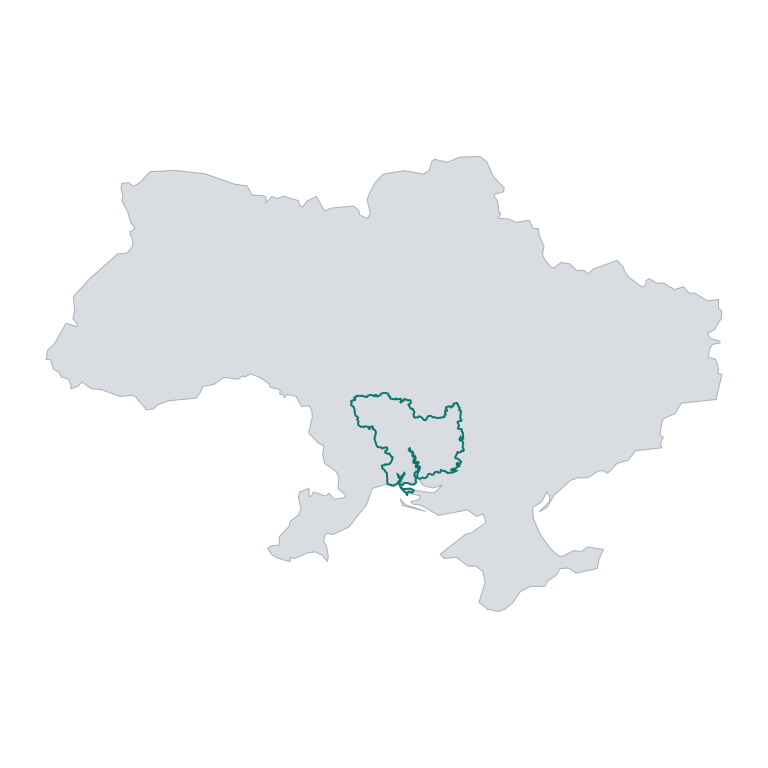 where Mykolayiv sits in Ukraine
{"feature_id": "UKR-284", "entity_name": "Mykolayiv", "entity_type": "Region", "adm_level": 1, "iso_a3": "UKR", "parent_name": "Ukraine", "parent_adm1": "", "projection": "orthographic", "projection_center": [31.887, 47.325], "detail": "fine", "context": "in_parent", "style": "outline", "palette": "teal", "viewbox_px": 768, "rotation_deg": 0, "n_neighbors": 0, "source": "natural_earth", "source_scale": "10m", "svg_char_len": 9746}
<svg xmlns="http://www.w3.org/2000/svg" viewBox="0 0 768 768"><path d="M540.6,534.9L550.7,549.0L558.9,556.1L563.0,556.3L573.8,550.5L581.1,551.9L587.2,546.9L603.6,549.4L599.1,558.9L597.3,568.5L576.4,573.1L568.4,568.0L560.1,568.6L555.8,575.7L547.7,580.7L545.2,586.2L530.2,586.5L520.3,591.7L513.0,602.5L504.7,609.3L498.0,611.5L487.6,609.2L479.0,602.4L485.2,582.0L482.7,571.2L476.0,566.2L467.7,566.0L456.7,557.3L444.4,558.6L440.2,554.3L465.4,534.3L470.9,533.2L486.0,522.5L483.0,514.0L476.5,516.4L467.4,509.8L438.7,515.4L421.1,505.3L413.0,504.2L411.0,501.7L419.4,499.4L420.0,495.7L408.4,493.3L402.1,488.5L433.9,493.0L442.4,484.9L433.6,487.9L424.7,486.1L421.4,483.5L417.5,475.4L417.3,464.1L413.3,454.0L410.2,450.8L416.2,467.3L414.7,483.1L401.3,482.2L402.5,475.8L396.2,484.2L385.7,484.4L372.3,488.4L366.5,504.7L348.7,527.2L332.6,534.5L327.2,533.1L324.9,534.9L323.6,541.9L326.3,545.3L328.3,556.7L327.3,561.4L321.9,554.9L315.4,551.9L308.1,552.7L294.7,558.6L290.2,557.3L290.5,560.6L289.2,561.6L276.9,557.8L271.6,554.4L267.7,548.3L271.7,545.7L279.3,545.0L279.4,536.5L289.3,526.2L289.9,521.4L298.4,515.2L301.0,508.1L298.4,497.3L299.7,491.9L308.8,488.4L309.3,496.7L311.3,496.1L313.4,491.9L325.5,496.1L329.2,493.4L334.2,499.2L343.7,497.8L345.9,495.3L337.9,488.5L338.9,477.9L336.5,471.8L324.8,463.7L322.7,454.3L324.0,446.1L318.1,442.7L308.7,433.1L312.3,416.9L311.8,410.7L309.3,405.9L301.6,406.4L296.2,396.5L287.0,394.4L284.3,397.7L282.9,394.4L279.8,394.4L280.2,390.5L278.1,388.9L270.5,387.5L268.8,383.7L260.7,377.9L250.7,373.8L245.0,377.0L242.5,375.9L238.2,379.2L223.8,377.4L214.6,384.1L202.5,386.5L201.0,391.5L196.2,398.1L169.2,400.7L157.5,404.8L153.4,408.9L146.4,409.8L135.5,396.6L132.0,395.3L120.1,396.5L101.3,389.6L91.4,388.7L81.8,382.0L78.1,386.2L71.0,388.8L70.8,384.1L68.0,379.1L61.1,376.9L59.2,372.5L53.2,368.9L50.7,359.8L46.1,359.4L47.7,350.2L54.2,344.2L66.0,323.3L76.9,326.6L77.5,324.2L72.9,318.5L74.7,311.5L73.4,297.3L75.9,293.8L90.0,278.5L117.6,254.0L127.2,253.1L132.2,246.7L132.9,241.8L129.7,231.8L134.7,228.9L134.5,227.3L131.0,223.0L127.7,212.0L121.8,200.8L122.9,196.1L121.1,188.8L121.8,183.6L128.4,182.7L133.7,186.3L140.4,182.4L149.8,171.7L174.9,170.4L205.0,173.8L234.2,184.1L247.2,186.0L252.1,195.1L262.9,195.5L265.9,197.3L266.0,202.7L272.0,196.5L277.3,198.6L283.6,196.2L298.2,200.6L299.7,205.6L302.6,207.0L307.1,201.1L316.2,196.4L324.4,210.7L331.9,208.0L353.7,206.1L358.8,210.7L359.6,214.9L367.1,218.5L370.4,213.4L367.1,199.6L369.0,194.3L375.2,182.6L383.3,174.1L404.2,170.7L423.5,174.0L429.1,170.4L431.9,161.4L434.4,159.3L447.5,162.3L459.4,157.1L479.9,156.5L486.6,161.6L493.7,177.0L504.2,188.0L503.6,191.7L494.6,194.1L494.4,196.1L497.6,201.2L499.0,212.0L500.6,213.3L498.6,218.2L508.6,219.0L516.6,222.4L529.2,220.1L532.9,228.1L538.5,228.8L538.8,234.2L544.0,246.7L542.5,253.4L543.4,257.5L550.5,266.9L553.5,268.1L561.2,262.5L569.5,263.7L576.8,270.6L583.9,270.2L588.5,274.0L593.3,269.0L617.0,260.5L623.3,266.9L624.5,271.3L628.5,277.0L642.0,286.9L645.5,285.5L646.2,280.5L649.1,278.7L656.6,283.1L663.8,283.1L674.4,289.6L683.6,286.9L689.0,293.0L694.9,293.2L707.5,300.9L718.5,299.5L718.6,307.9L721.5,311.2L721.6,317.9L714.6,329.4L707.4,333.4L710.4,338.5L719.6,341.1L720.3,342.8L712.5,344.4L709.6,348.6L708.2,357.3L715.7,359.3L718.8,369.5L717.5,372.9L721.9,374.4L716.0,399.5L681.2,403.2L675.1,413.6L665.0,417.7L662.1,420.8L659.9,434.7L663.2,437.0L660.6,443.0L661.5,447.8L635.5,450.8L628.2,460.3L617.0,463.4L607.7,473.3L603.4,470.7L598.3,471.1L587.7,477.7L577.7,477.8L570.1,480.6L554.0,495.3L546.7,507.8L539.4,511.7L549.5,501.4L549.7,496.1L547.1,492.2L541.0,502.4L532.6,507.2L533.4,518.8L540.6,534.9ZM425.7,511.4L402.4,505.5L400.3,498.9L405.4,504.7L425.7,511.4Z" fill="#d9dde1" stroke="#a8b0b8" stroke-width="1"/><path d="M418.3,478.9L417.3,476.8L417.2,474.5L417.9,472.7L418.9,471.0L419.7,469.0L419.9,467.9L419.9,467.0L419.5,466.4L417.5,466.1L417.1,465.6L417.3,464.9L418.7,462.5L418.5,462.1L417.4,461.9L415.7,462.2L415.0,462.2L414.4,461.5L415.5,459.1L415.6,457.7L415.0,456.2L414.5,455.7L413.6,455.3L413.3,454.5L413.2,452.8L413.0,452.3L412.5,451.7L410.2,450.6L409.8,449.9L410.0,448.8L410.0,448.4L409.6,448.2L408.7,449.7L409.0,450.4L409.6,451.0L410.3,451.5L412.1,452.0L412.5,452.7L412.4,456.0L412.6,456.3L413.6,456.6L414.7,457.7L414.4,458.6L413.6,459.9L413.3,462.5L414.5,463.1L416.3,462.8L417.6,463.1L416.4,464.4L415.9,465.3L415.7,466.2L416.0,467.2L416.7,467.4L418.4,466.6L418.6,467.9L418.2,469.6L417.5,471.1L416.6,471.7L415.7,472.0L414.8,472.9L414.4,474.1L414.4,475.6L415.8,477.6L416.0,478.0L415.7,480.6L416.1,482.3L415.7,483.1L415.4,483.4L414.1,484.3L412.4,484.6L410.7,484.4L406.9,482.9L404.5,483.1L403.8,483.4L403.1,484.9L402.2,485.1L401.4,484.3L399.7,484.3L399.4,484.0L399.3,483.2L399.7,482.3L401.8,478.6L402.4,477.4L402.4,476.8L402.9,476.4L404.7,473.7L404.2,472.9L403.9,473.3L403.3,474.8L402.0,475.6L400.9,477.3L400.4,477.6L399.3,476.8L398.3,474.7L397.7,474.4L398.2,475.8L398.3,477.0L398.5,477.4L400.1,478.6L400.3,479.0L399.2,481.1L398.5,481.6L397.2,483.7L396.7,484.2L395.9,484.4L393.6,485.8L393.1,485.5L392.0,485.3L391.5,485.0L391.2,485.4L390.4,484.9L387.7,484.1L387.1,481.0L387.2,479.9L387.4,478.9L387.1,478.0L386.8,472.9L385.4,471.8L384.9,470.6L384.4,469.9L382.7,468.7L382.1,467.6L381.8,465.8L382.0,465.5L384.2,465.3L385.0,464.3L385.4,464.3L386.0,464.6L389.3,464.2L389.6,463.5L390.7,462.9L391.3,461.3L392.1,460.0L392.2,458.7L392.6,457.8L392.5,457.1L391.1,456.6L390.7,455.4L390.0,454.7L389.4,453.4L387.8,453.9L386.7,453.2L385.5,452.8L385.2,452.4L385.2,452.0L385.3,451.0L385.6,450.8L386.6,450.3L387.2,449.8L387.4,449.1L387.3,448.3L386.7,447.3L383.5,447.9L382.3,448.5L381.9,448.3L381.4,447.6L381.2,447.4L379.6,447.3L377.5,446.9L376.3,444.6L374.6,439.1L374.4,438.1L375.2,436.0L375.4,434.1L375.8,433.8L375.9,433.4L375.8,431.6L374.4,429.5L374.2,429.3L372.7,429.1L372.9,428.0L372.8,427.0L372.5,426.4L370.2,427.0L369.6,428.8L369.2,429.0L368.8,428.7L368.6,428.2L368.4,427.2L368.1,426.8L366.5,426.7L365.3,426.1L364.1,427.0L363.6,427.2L362.7,426.6L360.8,426.9L359.9,426.1L358.6,425.4L358.4,424.9L358.0,423.1L358.4,421.9L358.5,421.3L357.2,419.7L357.2,419.2L358.0,418.2L357.8,417.1L357.4,416.7L356.0,416.0L355.3,415.1L355.1,414.5L354.2,408.0L352.7,406.0L351.6,405.6L351.2,405.3L351.2,404.2L351.6,403.5L351.6,402.0L351.0,401.5L351.1,401.2L351.5,400.8L352.8,400.3L353.6,400.3L354.0,399.9L355.0,400.0L355.1,399.8L355.2,399.3L354.4,398.6L354.3,397.4L355.7,397.3L356.2,396.0L356.4,395.8L362.3,395.9L363.3,396.1L364.9,396.7L366.8,397.0L367.0,397.0L367.5,396.0L367.8,395.8L370.1,395.0L373.3,395.3L373.6,395.4L373.9,396.2L374.3,396.4L374.7,396.2L375.3,395.1L375.9,394.8L376.6,395.2L376.8,396.1L376.9,396.3L377.7,396.5L378.2,396.4L379.0,395.7L380.4,395.1L380.8,394.1L381.1,393.8L383.0,393.0L383.8,392.9L386.5,393.2L387.8,393.5L388.4,393.9L388.6,395.8L389.0,396.2L390.1,396.5L390.1,398.1L390.4,398.5L390.9,398.7L394.5,399.3L396.0,398.5L396.6,399.3L397.2,399.5L398.3,399.1L400.6,398.9L400.8,399.2L400.9,399.8L400.8,401.0L400.4,402.1L400.4,402.3L400.9,402.6L401.4,402.4L401.5,401.2L401.7,400.7L402.0,400.5L402.7,401.0L403.7,400.8L403.8,400.5L403.9,399.5L404.9,398.9L405.3,399.1L406.0,399.8L407.1,399.9L408.0,400.4L409.8,400.1L410.3,400.3L410.8,401.9L410.9,402.3L410.7,403.1L410.0,403.7L408.5,404.4L408.4,404.6L410.2,407.8L410.7,408.5L411.1,408.9L412.3,408.7L412.7,408.9L413.1,409.5L413.3,410.5L414.3,411.8L414.4,412.6L413.6,414.0L413.4,414.6L413.9,415.6L413.9,416.8L414.1,417.3L414.5,417.5L417.9,417.4L418.2,417.3L418.4,416.7L418.6,416.5L420.4,416.6L422.2,417.8L422.9,419.1L423.4,419.6L424.9,420.2L425.7,420.0L426.1,419.6L427.8,416.6L428.6,416.0L430.0,415.8L430.6,415.9L432.1,416.7L432.8,417.4L434.2,417.1L437.5,418.2L444.4,417.0L444.5,416.7L444.6,414.9L445.6,414.7L445.8,414.4L445.3,413.7L445.4,412.7L445.0,411.9L445.0,411.3L445.3,411.0L446.9,410.8L447.0,410.4L447.0,409.6L446.0,409.3L445.8,409.0L445.7,408.2L446.1,407.4L447.0,406.8L449.4,406.2L449.7,406.3L450.5,407.3L450.9,407.5L451.4,407.4L451.9,406.3L453.4,405.9L453.5,405.5L453.3,404.3L453.6,403.7L454.3,403.3L455.9,403.5L456.7,402.9L457.0,403.0L457.4,404.1L458.4,405.5L458.5,406.7L459.7,407.7L459.1,409.7L459.2,410.0L459.5,410.3L460.1,410.3L460.6,410.5L461.1,411.4L460.7,412.4L460.7,413.7L460.4,415.1L460.4,418.3L460.5,418.9L461.2,419.7L461.5,420.4L461.3,420.9L459.6,421.1L458.2,421.5L457.5,422.1L457.5,422.4L458.7,424.8L459.0,425.9L458.9,426.5L458.0,427.7L457.9,428.4L458.4,428.8L461.7,429.3L461.6,430.5L461.7,431.3L462.7,432.3L462.9,432.7L462.6,433.8L463.1,435.3L463.0,437.1L463.4,438.2L463.3,438.6L463.2,438.8L462.1,439.0L461.7,438.9L460.8,437.0L460.6,436.8L460.2,438.0L459.4,439.3L459.6,440.0L460.0,440.4L462.1,440.6L463.1,442.6L463.2,443.9L462.6,446.1L462.6,447.1L463.8,449.6L463.4,450.9L463.2,451.1L461.8,450.7L460.4,452.2L460.0,452.5L458.5,452.6L457.9,452.0L457.6,452.0L456.1,455.5L455.4,456.6L455.3,457.0L455.6,458.3L456.9,458.4L459.2,459.8L461.1,461.6L461.0,462.2L459.8,463.7L459.7,464.4L458.6,463.8L457.7,462.7L457.4,462.9L456.8,463.6L456.8,464.9L457.1,465.4L459.0,465.6L459.3,466.1L458.7,466.6L457.2,467.0L456.7,467.3L455.8,468.3L451.4,469.3L451.2,469.6L451.3,470.0L452.0,470.4L452.9,470.4L455.0,470.2L456.5,470.7L455.5,471.3L452.1,472.7L449.9,472.7L447.4,473.0L447.0,472.7L446.3,471.7L445.2,471.3L444.7,470.9L442.9,470.9L440.9,470.1L440.7,470.5L440.6,471.8L440.1,472.5L438.1,472.6L437.8,472.5L437.4,471.8L437.1,471.7L434.9,472.2L434.2,472.9L433.6,474.5L433.1,474.7L432.1,474.7L429.8,473.8L428.9,473.9L428.1,474.5L427.0,476.8L426.4,477.5L424.1,478.2L422.5,477.5L421.9,477.7L420.9,478.5L420.3,478.7L418.3,478.7L418.3,478.9ZM412.4,492.6L409.8,491.7L408.9,491.6L408.3,491.9L407.5,492.9L407.3,493.3L407.3,495.7L406.4,493.2L406.1,492.9L405.5,492.7L400.9,488.0L400.3,486.6L401.6,487.6L402.6,488.8L403.2,489.0L410.1,488.6L411.4,489.0L413.8,490.4L412.4,492.6Z" fill="none" stroke="#0f766e" stroke-width="2"/></svg>